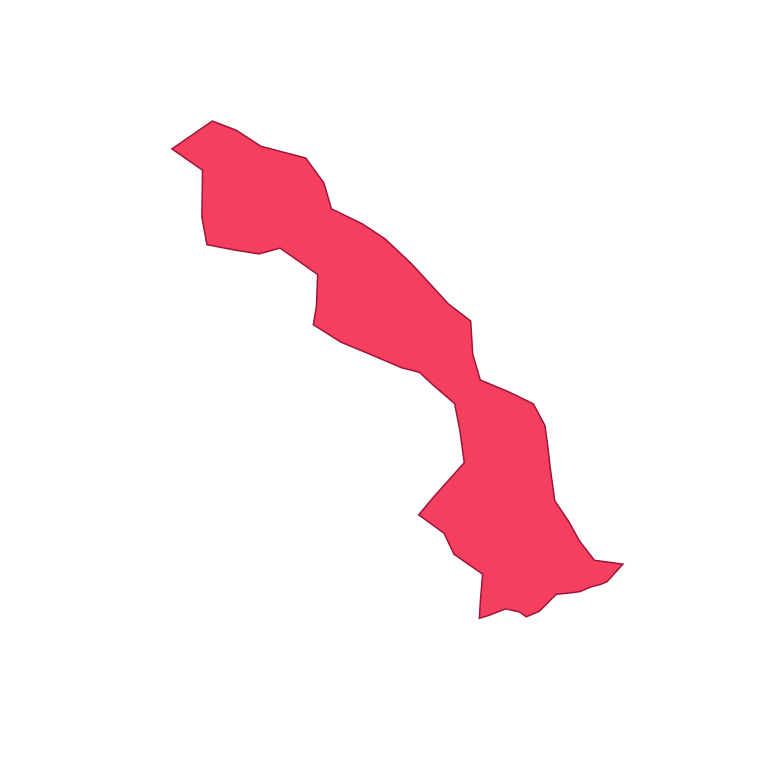 outline of Palaichori Morfou, Nicosia, Cyprus, rotated 296°
{"feature_id": "46923920B86427457080287", "entity_name": "Palaichori Morfou", "entity_type": "district", "adm_level": 2, "iso_a3": "CYP", "parent_name": "Cyprus", "parent_adm1": "Nicosia", "projection": "mercator", "projection_center": [33.084, 34.938], "detail": "fine", "context": "isolated", "style": "filled", "palette": "rose", "viewbox_px": 768, "rotation_deg": 296, "n_neighbors": 0, "source": "geoboundaries", "source_scale": "gbopen_adm2", "svg_char_len": 950}
<svg xmlns="http://www.w3.org/2000/svg" viewBox="0 0 768 768"><g transform="rotate(296 384 384)"><path d="M454.2,147.1L431.6,163.8L438.9,191.0L446.1,214.6L460.6,231.0L453.3,276.4L424.4,289.1L406.3,294.5L402.7,327.2L404.5,356.3L406.3,392.6L410.0,410.7L404.5,428.9L397.3,456.1L375.6,472.5L348.5,490.6L303.3,477.9L281.6,472.5L276.2,503.3L261.7,521.5L256.3,556.0L232.8,565.1L215.2,572.4L222.2,579.9L235.2,591.8L238.5,605.6L237.1,613.9L247.9,623.3L266.9,629.8L270.6,631.2L276.9,641.4L279.1,644.9L283.4,651.2L292.3,658.9L294.9,661.9L299.4,667.1L303.0,670.2L304.3,671.2L326.8,677.7L317.8,650.4L328.6,628.6L341.3,610.5L353.9,588.7L381.0,570.5L400.9,557.8L417.2,546.9L431.6,526.9L431.6,499.7L429.8,468.8L449.7,450.7L478.6,434.3L484.1,407.1L504.0,356.3L514.8,321.7L518.4,294.5L518.4,260.0L538.3,241.9L552.8,214.6L547.3,187.4L543.7,169.2L547.3,140.2L545.1,114.4L502.3,90.3L496.6,127.2L454.2,147.1Z" fill="#f43f5e" stroke="#9f1239" stroke-width="1.5"/></g></svg>